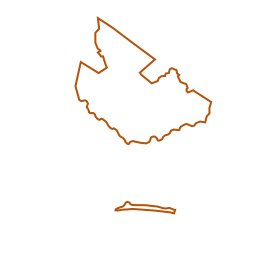 Hyde, North Carolina, United States of America (Albers equal-area conic projection), rotated 33°
{"feature_id": "52423323B51150866941712", "entity_name": "Hyde", "entity_type": "district", "adm_level": 2, "iso_a3": "USA", "parent_name": "United States of America", "parent_adm1": "North Carolina", "projection": "albers", "projection_center": [-76.165, 35.384], "detail": "fine", "context": "isolated", "style": "outline", "palette": "amber", "viewbox_px": 256, "rotation_deg": 33, "n_neighbors": 0, "source": "geoboundaries", "source_scale": "gbopen_adm2", "svg_char_len": 1907}
<svg xmlns="http://www.w3.org/2000/svg" viewBox="0 0 256 256"><g transform="rotate(33 128 128)"><path d="M42.9,52.2L49.7,60.5L48.8,66.0L54.3,74.4L59.3,77.8L62.4,78.1L62.5,78.1L62.7,78.4L62.7,78.5L62.8,78.5L61.6,81.1L65.4,82.1L65.9,82.5L66.0,82.5L66.5,82.7L66.8,82.5L68.0,81.5L75.2,87.5L77.4,88.7L73.5,97.9L52.5,98.4L61.2,121.6L69.1,128.5L71.6,130.9L74.2,130.9L76.2,128.8L77.5,128.0L78.8,128.0L81.1,129.3L82.0,133.0L84.1,133.8L86.3,135.2L86.5,135.9L88.2,136.2L90.4,134.4L91.5,134.4L93.0,134.6L94.7,136.2L97.7,137.0L99.5,136.8L100.5,134.7L102.0,134.4L106.4,134.7L110.7,137.0L113.9,137.6L115.4,137.3L116.3,136.0L119.7,136.0L125.3,139.2L129.9,139.2L132.5,140.2L133.1,141.0L136.1,141.6L137.4,141.0L137.4,138.6L139.4,136.1L141.2,135.7L147.0,133.4L151.5,131.1L153.4,128.1L153.2,125.9L152.6,124.6L152.6,123.0L153.4,121.8L155.2,120.5L157.7,120.9L159.9,122.2L160.8,121.7L162.0,120.2L162.6,118.8L162.4,116.5L162.9,114.3L165.2,111.6L165.8,109.3L165.6,106.5L167.2,104.4L171.9,102.1L172.1,101.5L171.5,99.6L171.6,98.0L173.5,94.4L174.3,93.4L175.2,92.6L180.8,91.6L182.3,89.8L182.3,87.7L182.6,86.7L184.8,83.4L189.7,81.2L187.7,75.5L188.3,71.2L185.4,66.9L183.6,60.9L162.0,61.0L159.0,65.5L157.0,65.1L155.9,63.3L156.2,61.9L153.0,59.5L147.0,60.8L141.7,57.6L142.1,55.6L139.5,55.5L137.1,53.1L132.2,54.0L131.1,55.9L132.2,59.8L130.0,61.8L130.7,64.1L127.9,66.3L126.7,69.2L127.3,72.5L123.6,77.6L110.0,76.1L107.8,75.1L113.3,55.8L87.1,54.2L60.5,52.3L43.1,52.2L42.9,52.2ZM212.2,171.2L212.1,171.3L206.1,172.5L204.7,173.9L203.1,175.2L200.9,176.2L199.7,176.6L195.8,177.7L185.3,182.9L182.2,184.8L179.6,186.5L173.7,190.2L171.4,190.6L170.0,189.8L168.0,190.1L167.0,191.2L166.8,192.8L167.0,194.6L166.5,196.6L164.8,198.5L162.3,202.1L162.1,203.0L162.4,203.8L164.7,202.5L168.3,199.1L171.9,196.6L175.6,193.6L181.7,190.2L195.6,182.6L205.4,177.7L209.2,175.8L211.5,175.1L213.1,174.6L212.2,171.2Z" fill="none" stroke="#b45309" stroke-width="2"/></g></svg>